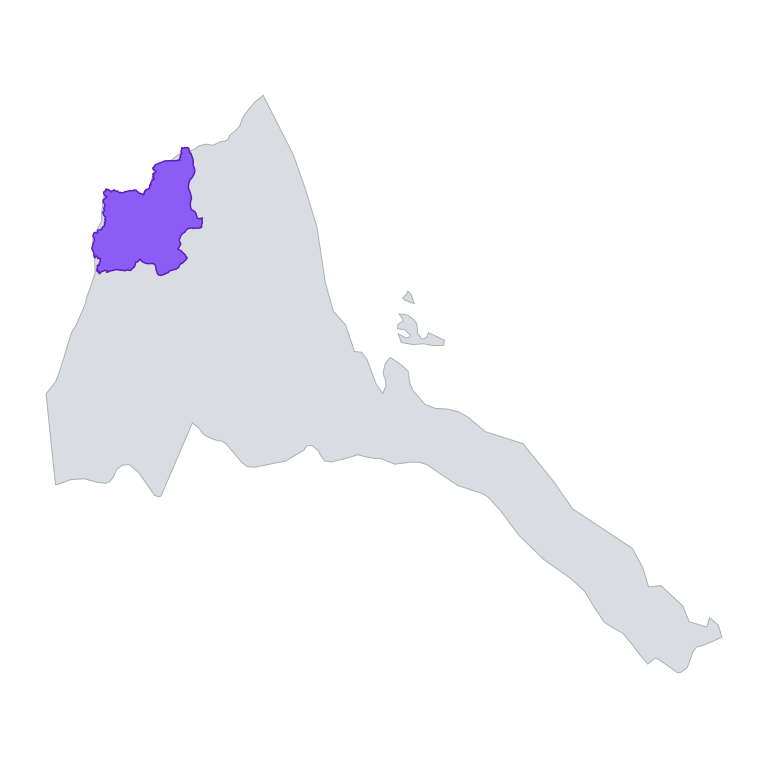 Sela, Anseba, Eritrea shown in context
{"feature_id": "51966322B36323877774800", "entity_name": "Sela", "entity_type": "district", "adm_level": 2, "iso_a3": "ERI", "parent_name": "Eritrea", "parent_adm1": "Anseba", "projection": "orthographic", "projection_center": [37.406, 16.89], "detail": "fine", "context": "in_parent", "style": "filled", "palette": "violet", "viewbox_px": 768, "rotation_deg": 0, "n_neighbors": 0, "source": "geoboundaries", "source_scale": "gbopen_adm2", "svg_char_len": 8350}
<svg xmlns="http://www.w3.org/2000/svg" viewBox="0 0 768 768"><path d="M55.5,484.7L52.4,454.8L50.3,434.9L48.1,413.8L46.1,393.8L55.7,381.6L60.1,370.0L71.6,332.2L76.2,324.7L85.1,304.5L86.4,298.6L95.2,273.1L94.4,256.1L92.7,239.0L97.5,228.9L101.8,220.7L101.5,213.9L103.5,197.9L104.8,193.9L110.1,193.7L120.8,195.8L128.7,194.2L137.7,194.1L144.8,193.7L148.9,188.8L154.6,170.1L158.3,166.4L161.1,165.3L169.1,161.8L176.0,156.4L181.6,152.5L183.6,151.7L189.5,151.2L195.4,148.9L198.2,146.2L205.6,144.1L212.9,145.3L217.8,143.0L221.1,141.5L224.8,141.3L228.2,139.2L229.5,135.8L231.7,133.7L237.4,128.8L240.0,125.3L241.2,121.8L242.3,119.0L244.8,114.2L254.6,102.3L263.1,95.3L293.5,155.1L305.9,190.5L317.0,227.4L325.4,283.0L333.3,311.2L345.7,325.1L354.4,351.4L361.7,352.3L367.0,359.5L376.2,384.2L382.8,393.4L386.1,385.4L385.7,380.8L383.0,373.2L385.3,363.4L390.2,357.4L401.8,365.3L408.1,371.3L409.9,383.4L412.7,390.2L424.9,404.3L435.0,408.3L448.2,409.2L459.3,412.2L468.2,417.3L484.9,431.5L522.9,443.6L554.0,482.0L572.4,508.7L632.2,548.3L642.8,567.7L648.5,586.8L661.0,585.6L682.7,606.0L689.3,621.8L706.9,627.1L709.6,617.6L718.2,625.1L721.9,637.0L710.8,642.2L698.6,646.8L696.8,646.6L692.8,652.3L687.3,667.6L681.0,672.2L677.6,672.7L658.0,659.0L655.0,658.3L650.9,661.2L647.9,664.1L638.8,653.6L632.0,644.3L622.7,633.2L613.7,628.3L604.1,622.1L594.5,607.5L584.7,591.3L570.3,578.2L543.6,559.4L519.0,535.4L500.1,510.1L488.0,497.0L482.8,493.7L458.1,485.7L440.7,474.2L427.4,464.8L419.2,462.3L411.3,462.1L394.5,464.2L380.5,458.4L374.7,458.4L365.3,456.8L357.9,454.7L349.4,457.4L331.7,461.9L324.5,461.0L320.4,455.0L318.1,450.4L311.9,445.6L306.8,445.7L304.0,450.0L285.6,461.0L254.7,467.2L247.4,466.8L241.9,462.5L226.2,444.0L221.7,441.0L218.2,440.7L211.0,438.5L204.2,435.0L198.2,427.4L192.3,423.0L185.9,438.0L174.7,464.1L168.7,478.1L160.9,496.1L158.4,496.6L154.5,495.3L139.0,472.9L129.3,464.5L122.0,465.3L116.8,469.4L113.4,476.9L109.8,481.5L105.9,483.3L97.4,482.4L84.5,478.8L71.1,479.5L57.3,484.6L55.5,484.7ZM417.7,333.6L421.9,339.1L424.7,338.5L427.0,336.6L428.5,332.7L444.4,340.2L443.6,345.3L434.2,345.7L423.2,343.7L413.2,344.6L401.2,342.5L398.3,333.8L406.0,338.0L409.9,336.8L410.6,335.7L405.1,329.9L397.5,328.8L398.0,324.2L401.4,322.3L403.4,320.1L399.0,313.8L407.6,315.1L413.0,318.9L416.6,323.3L417.7,333.6ZM410.7,293.6L414.2,303.6L404.4,299.9L402.7,297.8L407.0,293.8L407.8,291.3L410.7,293.6Z" fill="#d9dde1" stroke="#a8b0b8" stroke-width="1"/><path d="M190.9,153.4L190.5,153.5L190.2,153.3L190.0,152.8L189.6,152.3L189.7,151.5L189.4,150.9L189.1,150.6L188.9,149.7L189.0,149.2L188.9,148.8L188.5,148.4L187.9,148.0L187.8,147.7L187.5,147.6L187.3,147.9L187.0,147.9L186.5,147.6L185.5,147.8L184.3,147.6L184.2,147.7L184.1,148.0L183.4,148.2L181.8,147.8L181.6,148.7L181.6,149.8L181.3,150.6L181.3,150.9L181.4,151.2L181.2,151.5L181.0,151.8L181.3,151.8L181.3,152.1L181.7,152.2L181.7,153.2L181.4,154.0L180.5,155.0L180.4,155.7L180.5,156.5L179.9,157.2L180.1,157.5L179.9,158.0L179.9,158.7L179.7,159.1L179.6,160.2L178.1,159.8L177.5,160.6L165.0,160.9L155.2,164.8L154.6,166.2L154.2,166.8L153.7,166.9L153.7,167.8L153.2,167.7L152.8,168.0L152.9,168.9L153.4,169.7L154.2,170.3L155.2,170.7L155.8,171.5L155.8,172.2L155.7,172.5L154.7,173.0L153.5,173.2L153.3,173.4L153.1,174.1L153.6,174.3L153.8,174.7L153.8,174.8L153.1,174.9L153.4,175.3L153.3,175.6L153.5,175.9L153.1,176.5L152.9,176.8L153.1,177.2L153.3,177.9L154.2,178.3L154.0,179.2L153.8,179.5L152.8,179.5L152.5,179.7L152.0,180.6L151.7,181.5L151.4,182.1L150.8,182.7L150.8,183.3L151.1,184.4L150.9,184.7L150.0,185.0L149.7,185.3L149.7,185.8L149.8,186.2L149.5,187.6L149.6,187.8L148.5,188.9L147.3,189.4L146.1,189.4L145.9,190.1L145.6,190.3L145.5,190.6L145.2,190.8L144.8,190.9L145.0,191.7L144.8,191.9L144.6,192.1L144.2,192.2L144.1,192.9L144.3,193.2L144.2,193.8L143.3,194.2L143.2,194.7L142.8,194.7L142.2,194.0L141.2,193.9L140.7,193.3L139.3,193.4L139.0,193.3L138.7,192.9L138.6,192.5L138.4,192.2L136.5,191.0L136.4,190.8L136.3,190.3L135.9,190.0L134.8,190.1L134.1,190.0L133.6,190.2L133.3,190.5L132.8,190.8L132.2,190.8L131.6,190.7L130.9,190.8L130.1,190.6L129.3,190.8L127.9,191.3L127.1,191.3L125.9,191.6L124.9,191.6L124.3,192.0L123.7,192.7L123.1,192.8L122.2,192.8L120.7,192.5L119.4,192.5L118.8,192.2L117.7,191.2L117.4,191.0L116.9,191.3L116.1,191.2L114.1,189.8L113.4,190.5L112.6,190.6L111.9,191.2L111.6,191.8L111.3,191.9L110.4,190.9L109.8,190.5L109.3,190.1L108.6,190.2L108.4,190.1L108.6,189.9L108.5,189.6L108.0,189.5L107.3,189.5L106.5,189.0L106.1,189.3L105.7,189.6L105.6,190.1L105.8,190.5L105.6,191.0L105.2,191.0L104.0,191.7L103.6,192.8L104.2,194.8L104.7,195.6L105.1,195.8L106.0,195.9L106.3,196.1L106.7,196.7L106.7,197.1L106.5,197.4L105.8,197.6L105.7,197.9L105.1,198.2L105.0,198.5L104.5,199.0L104.1,199.2L103.8,199.8L103.0,200.2L103.2,202.1L103.4,202.7L104.0,203.4L104.7,204.0L104.8,204.7L105.1,205.5L105.0,206.0L104.2,206.9L103.8,208.4L103.8,208.8L104.5,209.8L104.6,210.2L104.1,210.7L103.6,211.6L103.1,212.0L102.8,212.7L103.3,213.3L103.4,213.9L103.3,214.2L103.7,214.8L103.9,215.4L104.8,216.6L105.3,217.0L105.6,217.1L105.4,218.0L104.8,219.3L104.8,219.6L105.1,220.1L105.7,220.9L105.1,221.4L104.9,221.9L104.9,222.5L104.5,222.8L104.6,223.4L104.8,223.7L104.5,224.2L104.4,225.7L104.0,226.2L103.6,226.3L103.0,226.7L102.6,227.1L102.1,228.0L102.0,228.8L101.7,229.1L101.5,229.7L101.3,229.8L101.0,229.8L100.6,229.4L100.0,229.8L99.1,229.9L97.9,230.1L97.6,230.6L97.5,231.1L97.6,232.0L97.5,232.5L97.1,233.0L96.5,233.1L95.1,232.5L94.7,232.5L94.3,232.7L94.2,233.0L93.8,233.3L93.6,233.8L93.3,234.1L93.2,235.5L92.9,236.2L93.2,236.9L94.2,238.2L94.3,238.6L94.4,240.3L94.2,240.7L93.9,242.2L93.3,242.9L93.0,243.6L92.4,246.7L92.1,247.3L91.9,248.6L91.9,248.8L92.6,250.2L92.9,251.0L93.9,252.3L94.0,252.7L93.8,253.1L93.9,254.0L93.8,254.8L93.9,255.4L93.9,256.3L94.5,257.3L95.1,257.6L96.0,256.5L96.1,256.0L96.3,256.0L96.6,256.1L96.8,256.5L97.3,256.9L97.9,257.7L97.7,258.4L98.4,258.3L99.4,258.6L100.3,258.4L100.5,258.5L100.6,258.8L100.5,259.6L100.2,259.8L100.0,262.1L99.2,263.2L99.2,264.9L99.0,265.0L99.0,265.3L98.6,265.3L98.1,265.1L97.5,265.3L97.2,265.6L97.4,266.6L97.3,267.0L97.5,267.5L97.2,268.1L97.1,268.9L96.9,269.1L96.9,269.3L96.9,270.3L97.2,270.0L97.5,270.0L97.5,270.9L97.6,271.2L98.6,271.4L99.2,271.3L99.3,271.8L99.1,272.3L98.4,272.4L98.4,272.6L99.0,273.0L99.1,273.4L99.3,273.5L99.7,273.5L99.7,273.3L101.0,272.5L101.6,271.5L104.0,271.0L104.3,270.6L104.9,270.4L105.9,270.6L106.9,270.5L107.4,270.8L107.0,271.3L106.8,272.1L107.6,272.1L108.6,271.7L109.6,271.2L110.4,271.0L110.7,270.8L111.7,270.7L113.6,270.2L113.9,270.2L114.7,269.8L115.8,269.8L116.4,269.6L118.3,269.6L118.6,269.8L118.8,270.0L119.3,270.0L120.3,270.4L121.8,269.9L122.7,270.3L124.5,270.7L126.0,270.5L127.4,269.7L128.9,270.4L130.3,270.4L130.8,270.2L131.2,269.6L131.7,269.3L133.9,267.1L134.5,266.8L134.8,265.6L135.4,264.2L135.7,262.7L136.0,262.1L136.5,261.9L137.2,261.9L138.2,261.4L138.6,260.8L139.1,259.7L139.6,259.1L139.9,259.2L140.9,260.5L142.3,261.7L143.5,262.3L145.2,263.1L146.3,263.4L148.9,263.7L151.4,263.4L151.9,263.6L152.9,263.5L154.1,264.1L154.9,264.8L155.6,266.1L155.8,266.9L155.8,267.7L155.9,268.6L156.5,270.9L157.3,273.2L157.7,274.0L158.4,274.7L159.0,275.0L160.6,275.4L163.5,274.7L166.6,273.1L168.0,272.7L168.4,272.3L169.6,270.8L169.9,270.6L172.4,270.2L174.5,269.3L175.3,269.4L175.9,269.4L177.1,268.3L178.1,267.9L179.1,266.5L179.5,265.3L180.2,264.1L182.5,263.0L183.4,262.2L186.0,259.7L186.9,258.3L187.1,257.6L186.7,257.2L186.2,256.9L185.8,256.5L185.4,255.1L185.1,254.7L184.8,254.5L182.8,252.6L180.9,250.6L178.1,249.2L177.8,248.9L177.9,248.7L179.5,246.7L180.1,245.0L180.7,244.4L180.5,243.2L179.5,241.2L179.2,240.8L179.0,240.3L179.2,239.5L180.1,238.0L180.3,236.9L181.3,235.1L182.2,233.9L184.7,232.1L185.2,231.6L186.1,230.3L186.8,229.4L188.5,228.5L189.8,228.3L190.3,228.1L191.6,227.9L192.6,228.1L193.0,228.3L193.4,228.6L193.8,228.3L194.9,228.1L198.8,228.2L199.7,228.0L201.6,227.2L201.6,224.3L201.7,224.0L202.1,223.6L202.1,223.3L202.3,222.8L202.1,219.6L202.3,218.0L201.6,218.1L200.5,218.6L198.6,218.5L197.5,218.1L196.8,216.8L196.4,215.0L195.6,212.6L194.1,211.1L191.5,209.7L190.7,208.2L190.4,205.9L190.3,203.3L190.6,201.3L191.4,199.1L191.4,197.4L190.3,192.9L189.2,190.1L188.5,188.1L188.5,186.3L188.7,184.3L189.3,181.6L190.0,179.9L191.5,178.3L192.7,176.7L194.3,173.5L194.7,171.4L194.7,169.5L194.3,167.9L193.6,166.6L193.0,164.4L193.3,162.9L193.2,160.3L192.7,158.4L190.9,153.4Z" fill="#8b5cf6" stroke="#5b21b6" stroke-width="1.5"/></svg>